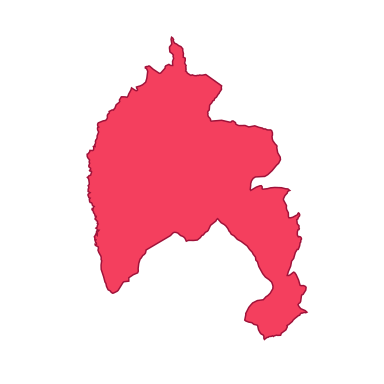 Kanduyi, Western, Kenya (Albers equal-area conic projection), rotated 172°
{"feature_id": "3690345B52406827974288", "entity_name": "Kanduyi", "entity_type": "district", "adm_level": 2, "iso_a3": "KEN", "parent_name": "Kenya", "parent_adm1": "Western", "projection": "albers", "projection_center": [34.58, 0.562], "detail": "fine", "context": "isolated", "style": "filled", "palette": "rose", "viewbox_px": 384, "rotation_deg": 172, "n_neighbors": 0, "source": "geoboundaries", "source_scale": "gbopen_adm2", "svg_char_len": 6022}
<svg xmlns="http://www.w3.org/2000/svg" viewBox="0 0 384 384"><g transform="rotate(172 192 192)"><path d="M147.9,293.0L162.0,306.4L166.0,306.2L168.2,306.8L169.4,306.5L170.7,306.8L171.6,306.5L173.7,307.0L175.5,308.0L176.9,307.6L180.1,310.4L180.5,311.6L181.5,312.7L180.8,313.8L181.1,314.8L180.6,315.5L180.9,316.8L180.2,317.9L181.4,320.7L180.4,323.2L180.1,325.5L181.9,326.7L181.6,327.9L181.7,328.8L181.2,329.9L181.5,333.3L181.2,335.0L182.7,337.5L184.7,338.7L186.7,340.7L188.5,341.8L189.6,344.4L189.0,345.4L189.7,347.2L190.7,348.1L191.5,346.1L191.4,341.9L191.7,341.0L194.1,338.7L194.3,337.4L194.4,333.8L192.3,331.7L191.4,330.2L191.9,329.2L191.6,326.8L193.1,324.1L193.5,320.0L195.6,320.3L197.1,321.6L200.4,320.6L201.2,319.7L201.4,318.4L206.1,314.4L206.9,314.0L207.9,314.1L213.3,318.9L216.5,322.6L217.5,322.8L218.5,322.4L219.7,322.6L220.8,322.3L221.0,321.3L220.1,320.7L219.5,319.6L219.1,317.6L220.9,310.9L222.6,307.2L226.0,305.1L228.4,304.3L232.4,303.7L232.3,302.5L231.7,301.5L231.8,300.5L232.6,300.0L233.7,300.3L237.4,303.5L238.3,301.5L241.2,297.6L241.7,296.3L243.2,294.8L245.0,295.5L248.7,296.1L251.1,293.2L250.9,291.8L251.8,290.8L254.9,289.0L256.9,285.4L257.7,285.0L258.3,284.1L259.7,284.4L262.9,283.3L262.8,282.3L263.3,281.4L264.5,280.8L265.2,279.7L265.5,277.0L266.5,275.8L267.6,274.9L270.1,274.8L275.2,273.5L276.0,272.4L276.2,271.3L276.0,270.0L275.4,269.3L276.5,268.9L276.8,267.9L276.8,266.6L276.1,264.4L278.2,260.7L278.3,259.3L279.1,257.6L279.9,257.0L280.6,255.7L280.6,254.3L281.0,253.2L281.7,252.5L281.7,250.6L282.6,251.1L283.4,250.8L283.1,249.6L283.6,247.5L284.5,246.9L287.3,247.4L287.7,246.2L289.4,244.4L290.6,244.0L290.8,241.9L290.5,240.5L289.0,238.0L289.7,236.0L289.3,234.8L290.5,232.5L290.6,231.3L289.2,229.7L289.2,228.8L290.5,227.5L290.0,226.8L289.1,226.8L288.6,225.9L290.1,222.7L291.6,222.6L292.5,221.6L293.6,221.1L292.8,219.9L292.5,218.5L292.5,215.2L292.7,213.8L294.0,212.7L293.6,211.7L293.7,210.3L294.4,209.4L294.8,206.9L293.0,205.5L295.0,204.4L295.5,203.6L294.9,200.8L293.7,200.1L294.7,199.1L294.7,196.8L294.3,195.8L293.0,195.3L292.5,194.1L292.6,193.1L291.9,192.0L290.9,191.3L291.8,190.6L292.3,189.0L293.2,189.4L293.5,188.4L292.3,186.4L292.4,185.2L291.6,184.0L291.2,181.3L290.3,181.2L290.8,179.9L291.6,179.5L291.7,178.5L290.9,178.0L290.7,176.9L289.7,176.3L289.7,175.1L290.2,174.1L289.4,173.4L290.3,172.1L290.8,170.5L292.2,169.6L291.4,168.8L290.6,167.4L291.8,166.6L292.3,165.4L291.7,163.9L293.2,163.8L293.5,162.9L295.0,161.2L294.6,160.2L294.9,158.1L293.9,157.9L294.6,156.9L294.5,155.6L293.8,154.9L293.9,153.6L295.3,153.8L295.1,152.6L292.6,150.8L292.4,149.6L293.2,147.5L292.7,145.2L291.2,141.3L291.0,139.9L291.4,137.7L291.0,136.6L292.2,132.4L292.7,128.0L291.3,120.3L290.7,115.0L290.0,113.4L289.8,110.4L288.7,106.9L286.6,105.3L286.2,104.3L284.9,102.9L283.9,102.8L280.0,104.1L278.8,104.9L272.9,112.0L271.9,112.6L267.0,112.5L266.5,115.9L261.6,118.3L257.1,119.5L256.2,121.1L256.0,123.6L254.7,128.6L253.2,131.8L252.6,132.9L251.5,133.7L249.7,135.9L247.8,136.9L246.5,138.2L245.5,141.0L220.4,151.4L219.3,151.9L217.1,153.7L215.9,154.4L214.8,154.5L213.5,154.2L211.8,153.4L209.4,150.5L207.4,149.4L206.3,148.4L205.4,147.1L204.5,144.1L202.2,144.6L197.2,143.8L193.4,143.7L190.1,145.7L188.3,147.6L186.8,147.9L184.4,150.2L182.2,151.0L181.3,151.8L178.3,156.4L172.3,160.0L171.5,161.3L170.3,162.0L167.4,157.5L164.6,155.3L163.2,153.7L161.6,150.9L160.7,148.0L160.0,147.2L159.0,144.7L156.4,142.7L153.7,138.8L150.3,136.3L144.8,130.8L143.1,127.3L140.7,123.9L140.1,121.9L138.2,118.7L138.3,115.7L136.9,113.8L136.2,108.9L133.3,101.2L131.2,97.6L128.0,94.6L125.7,91.7L125.2,89.6L124.9,87.5L125.4,85.0L128.7,80.8L131.4,78.8L133.3,78.0L136.4,75.4L142.4,75.4L147.4,73.7L150.0,71.5L151.8,69.8L155.7,64.2L155.8,63.0L157.6,57.8L156.7,56.8L154.0,55.3L151.0,54.3L149.1,52.3L146.2,51.2L145.6,50.4L145.3,46.3L144.1,43.1L143.2,41.7L141.6,40.7L140.9,39.2L141.2,37.0L140.8,35.9L138.1,37.5L136.8,37.5L136.0,38.1L133.5,38.0L132.3,38.4L131.5,37.6L130.6,38.1L128.0,38.5L127.3,38.1L124.2,37.8L123.2,39.7L118.2,42.4L116.4,45.2L116.5,46.6L114.6,47.3L110.6,49.9L110.0,50.8L108.0,52.3L103.6,54.9L102.6,54.9L101.8,56.1L100.6,56.9L99.7,56.7L97.7,57.1L96.1,56.6L94.9,57.0L96.4,58.8L100.5,61.3L102.0,63.7L102.7,65.7L101.8,66.7L100.4,67.4L99.6,68.6L98.1,73.9L97.6,74.8L96.2,75.2L93.0,79.0L92.3,81.6L92.7,82.6L94.5,83.8L97.1,84.1L98.0,84.7L98.7,89.9L100.4,95.7L101.6,98.0L102.6,98.5L106.4,96.3L107.7,95.8L109.3,96.1L107.7,99.7L104.6,104.9L103.0,109.7L100.6,112.0L98.1,117.7L95.8,120.5L94.8,120.4L94.1,121.5L92.9,123.7L92.1,126.5L91.3,127.3L90.9,129.3L90.1,130.2L90.2,131.3L90.8,132.4L91.8,132.9L92.9,132.8L93.7,134.8L93.2,138.0L92.3,139.8L91.3,139.9L90.8,140.8L91.1,141.6L90.7,143.6L92.2,145.9L92.1,150.1L90.9,150.6L90.3,152.0L88.8,153.4L88.5,154.5L88.8,155.8L89.5,156.5L90.2,155.9L90.6,154.9L95.7,153.0L98.3,152.7L99.7,153.1L99.9,154.2L99.5,158.0L100.7,161.4L100.8,163.1L100.3,165.4L102.5,171.3L102.4,172.5L100.5,175.5L97.8,177.7L97.3,179.0L96.2,179.7L95.0,179.9L96.6,181.7L98.9,182.2L102.8,183.8L109.5,185.0L113.8,185.2L116.6,184.8L121.4,184.9L122.1,185.5L121.8,187.4L122.5,188.6L123.8,188.7L127.6,187.9L133.6,185.4L134.0,186.4L132.9,190.6L132.8,191.9L131.5,194.8L129.5,197.0L127.1,198.1L117.8,197.3L114.6,198.6L109.7,202.0L104.5,206.8L102.3,208.3L99.9,211.7L99.8,214.3L101.7,219.0L101.9,224.2L101.5,225.3L101.6,226.2L102.9,227.9L104.8,231.5L105.1,233.6L105.0,236.1L104.4,237.1L104.1,239.5L104.6,241.7L105.5,242.5L108.3,242.9L109.5,243.4L110.4,244.2L112.7,244.6L113.2,245.4L116.9,246.8L120.6,248.8L126.7,248.5L130.2,250.5L136.1,251.2L137.5,251.8L139.2,253.2L139.3,254.7L141.5,256.7L142.8,256.6L143.4,256.0L144.6,255.8L152.7,258.9L163.2,259.5L163.7,260.3L163.5,261.2L164.1,262.7L165.4,264.6L165.6,266.5L165.2,267.6L165.4,268.7L165.0,269.6L163.5,270.8L162.5,275.3L161.9,276.1L160.1,277.5L158.7,279.4L157.4,279.7L156.5,281.5L154.6,282.5L152.4,285.2L151.4,285.9L151.1,286.6L148.5,289.5L148.4,291.7L147.9,293.0ZM290.6,167.4L289.5,167.1L290.4,166.3L290.6,167.4ZM291.7,163.9L291.9,162.4L292.5,163.2L291.7,163.9Z" fill="#f43f5e" stroke="#9f1239" stroke-width="1.5"/></g></svg>